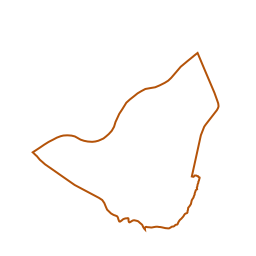 outline of Pakse, Champasak, Laos, rotated 107°
{"feature_id": "54806243B60589909949594", "entity_name": "Pakse", "entity_type": "district", "adm_level": 2, "iso_a3": "LAO", "parent_name": "Laos", "parent_adm1": "Champasak", "projection": "albers", "projection_center": [105.849, 15.117], "detail": "fine", "context": "isolated", "style": "outline", "palette": "amber", "viewbox_px": 256, "rotation_deg": 107, "n_neighbors": 0, "source": "geoboundaries", "source_scale": "gbopen_adm2", "svg_char_len": 2858}
<svg xmlns="http://www.w3.org/2000/svg" viewBox="0 0 256 256"><g transform="rotate(107 128 128)"><path d="M113.6,56.2L104.5,55.5L102.0,54.7L84.9,48.2L82.9,47.8L81.1,47.7L79.9,48.1L78.0,49.0L75.8,50.6L69.1,55.6L49.1,72.4L35.9,83.4L38.3,85.1L46.8,90.8L54.0,95.5L63.9,99.8L67.5,101.4L71.0,103.4L74.1,106.1L78.0,110.2L81.1,113.9L83.4,118.5L85.6,122.8L88.8,126.0L92.1,129.0L95.5,131.3L100.1,134.5L104.3,137.0L111.5,138.9L117.0,140.5L122.3,141.2L125.8,141.7L130.9,141.7L135.4,142.7L139.4,144.6L142.6,146.6L145.2,148.4L147.4,150.9L148.9,152.7L150.5,155.4L151.7,158.2L152.7,162.5L153.1,166.3L153.0,170.0L152.1,174.0L151.6,176.4L151.8,179.8L152.7,183.8L154.1,187.6L155.6,190.1L158.1,193.3L161.3,196.5L163.6,198.9L164.7,200.0L168.5,203.3L172.0,206.1L176.0,209.4L179.1,212.0L181.4,207.4L181.4,207.2L184.1,203.1L187.0,196.7L198.1,162.3L203.3,135.4L204.4,131.6L206.7,128.7L209.9,126.1L212.2,124.1L214.7,119.2L215.1,117.4L215.3,116.6L215.4,115.7L215.4,114.7L215.5,113.6L215.6,112.7L215.9,112.2L216.4,111.7L217.0,111.2L217.7,110.8L218.4,110.3L219.3,109.6L219.7,109.3L219.9,109.0L219.9,108.7L219.9,108.4L219.6,108.0L218.8,107.4L218.0,106.8L217.1,106.3L216.5,105.8L216.1,105.3L215.6,104.6L215.2,104.0L214.8,102.9L214.4,102.2L214.3,101.7L214.3,101.3L214.7,101.0L215.2,100.8L215.9,100.6L216.4,100.4L216.9,100.2L217.4,99.8L217.7,99.5L217.8,99.2L217.7,98.8L217.0,98.1L216.2,97.4L215.6,96.9L215.1,96.4L214.7,95.8L214.4,95.0L214.3,93.9L214.2,92.4L214.2,91.4L214.4,90.6L214.9,89.6L215.4,88.5L215.8,87.5L216.2,86.6L216.5,86.1L217.0,85.6L217.6,85.1L218.3,84.5L219.0,83.7L219.7,82.8L220.1,82.1L219.2,82.5L218.6,82.5L218.2,82.5L217.8,82.4L217.4,82.0L217.2,81.6L217.2,80.8L217.0,79.8L216.7,78.5L216.5,77.4L216.4,76.7L215.9,75.6L215.4,74.7L214.8,73.5L214.2,72.3L213.8,71.0L213.6,69.5L213.3,68.3L213.1,66.7L213.0,65.4L212.8,62.9L212.5,61.5L212.3,60.4L212.1,59.8L211.9,59.3L211.6,59.0L211.2,58.7L210.8,58.2L210.2,57.8L209.8,57.5L209.4,57.0L209.1,56.2L208.8,55.6L208.2,55.0L207.5,54.7L207.0,54.4L206.5,53.9L206.1,53.0L205.9,52.7L205.5,52.5L205.0,52.4L204.2,52.4L203.1,52.2L202.2,52.0L201.3,51.7L200.4,51.3L199.0,50.4L198.0,50.0L196.8,49.4L195.9,49.1L194.6,48.8L194.0,48.6L193.4,48.3L192.9,47.8L192.4,47.1L192.1,46.7L191.6,46.5L190.9,46.5L190.0,46.8L189.0,46.7L186.7,47.1L185.5,46.6L184.5,46.2L182.3,45.6L178.6,45.9L177.2,45.6L175.6,45.1L175.0,45.0L174.5,45.1L173.2,45.0L172.3,44.8L171.1,45.1L169.3,45.0L167.7,45.0L167.0,44.5L166.3,44.0L165.4,44.5L164.7,44.8L163.8,44.6L163.1,44.7L162.0,44.9L161.3,44.9L160.5,44.8L159.8,44.7L158.9,45.0L158.4,45.0L157.8,44.8L157.3,44.8L156.5,44.9L155.4,44.9L154.8,44.9L154.5,45.0L154.3,45.2L154.3,45.7L154.3,46.2L154.2,46.4L153.7,46.8L153.6,47.1L153.7,47.5L153.7,48.0L153.5,48.6L153.6,49.1L153.9,50.1L154.0,50.4L154.4,50.6L154.9,50.7L155.4,51.0L155.6,51.3L155.6,51.7L155.7,52.7L155.7,52.8L113.6,56.2Z" fill="none" stroke="#b45309" stroke-width="2"/></g></svg>